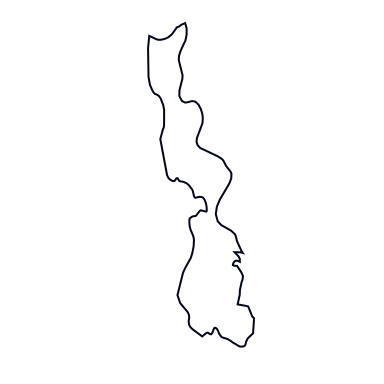 an SVG outline of Brodsko-Posavska, rotated 252°
{"feature_id": "HRV-1602", "entity_name": "Brodsko-Posavska", "entity_type": "County", "adm_level": 1, "iso_a3": "HRV", "parent_name": "Croatia", "parent_adm1": "", "projection": "robinson", "projection_center": [17.756, 45.221], "detail": "fine", "context": "isolated", "style": "outline", "palette": "ink", "viewbox_px": 384, "rotation_deg": 252, "n_neighbors": 0, "source": "natural_earth", "source_scale": "10m", "svg_char_len": 2659}
<svg xmlns="http://www.w3.org/2000/svg" viewBox="0 0 384 384"><g transform="rotate(252 192 192)"><path d="M52.7,212.0L38.7,206.4L35.6,199.8L32.7,197.0L30.5,195.8L29.5,194.6L29.2,193.4L29.8,190.8L30.2,190.0L30.8,189.1L36.6,184.0L37.8,183.3L41.2,180.4L43.9,176.5L44.7,175.5L45.3,175.2L48.0,174.2L49.3,174.0L51.2,173.9L54.0,173.5L55.4,172.5L55.8,171.8L55.6,171.0L54.9,170.3L51.8,167.8L50.8,166.4L51.1,165.5L51.8,164.7L53.0,163.9L53.5,162.9L53.4,161.8L51.5,157.1L61.3,150.1L64.0,148.7L67.0,148.2L70.7,149.1L73.0,150.4L75.8,151.1L78.9,150.9L90.1,146.4L98.4,146.3L117.8,158.4L121.5,161.7L129.7,170.5L133.8,173.4L139.7,176.7L145.9,179.1L149.6,179.6L156.4,179.0L159.7,179.1L164.4,180.2L166.4,181.0L167.5,181.7L167.8,182.3L168.2,183.4L168.4,184.0L168.5,184.4L168.5,185.2L168.5,186.1L168.1,187.7L168.2,188.3L168.4,188.8L171.4,193.2L171.9,194.3L171.9,194.7L169.6,198.3L169.0,199.6L169.7,200.3L173.4,201.3L177.2,201.8L180.3,201.6L181.6,201.3L182.7,200.9L183.5,200.5L183.9,200.0L184.3,199.5L184.6,198.7L185.0,197.8L185.2,196.9L185.4,194.3L185.4,193.4L186.1,192.9L187.4,192.6L192.8,193.1L194.4,192.9L199.3,191.2L201.6,189.8L204.0,187.4L204.9,185.9L205.4,184.9L205.8,184.2L206.1,183.8L206.6,183.3L207.2,183.1L209.1,182.8L209.5,182.5L209.8,182.1L209.8,181.5L209.6,181.1L208.7,180.0L208.3,179.4L208.0,178.8L208.0,178.1L208.3,177.4L208.9,176.5L209.8,175.6L210.9,174.8L212.1,174.1L213.8,173.7L215.8,173.5L252.1,178.2L260.9,183.9L261.1,184.1L261.3,184.4L262.0,185.0L263.9,186.0L278.8,190.9L283.9,191.5L290.8,191.1L293.7,190.1L295.5,188.7L296.5,187.3L298.1,186.3L300.8,185.7L306.8,185.1L314.9,186.2L342.5,194.7L353.7,199.6L348.3,205.3L347.3,206.8L346.7,208.4L346.3,210.1L346.1,212.3L346.1,214.6L346.5,217.4L348.2,221.6L353.2,228.5L353.3,228.5L353.3,230.5L354.4,233.8L354.8,237.7L349.4,237.5L343.6,235.6L341.5,234.5L338.0,232.5L334.9,229.5L329.8,224.8L325.9,222.0L321.7,220.2L305.9,219.1L302.6,217.8L292.4,211.4L287.1,209.6L281.6,210.6L279.1,213.2L278.6,216.7L278.5,220.1L277.0,223.0L273.1,225.2L268.3,226.0L266.1,226.0L263.4,226.0L259.1,225.2L254.2,223.2L241.8,213.4L238.3,211.8L234.8,211.8L231.4,213.3L217.9,227.6L214.2,230.6L212.3,231.5L206.2,232.5L199.6,234.9L197.4,235.2L192.9,233.6L188.8,230.3L181.7,222.4L176.3,216.2L170.3,211.1L163.7,207.8L156.3,207.4L151.5,209.6L143.2,217.2L138.6,219.8L136.2,220.0L131.3,219.6L120.1,220.9L118.4,221.4L119.6,219.6L121.6,213.9L116.3,216.4L113.6,216.8L110.8,215.9L112.4,214.2L113.1,212.7L112.9,211.1L111.6,209.3L109.8,208.3L108.8,209.4L108.2,211.1L107.8,212.0L100.3,214.1L96.2,214.5L93.1,213.0L91.1,211.4L83.8,207.2L79.6,205.7L71.0,200.7L66.6,208.9L65.7,210.1L55.1,210.8L52.7,212.0Z" fill="none" stroke="#020617" stroke-width="2"/></g></svg>